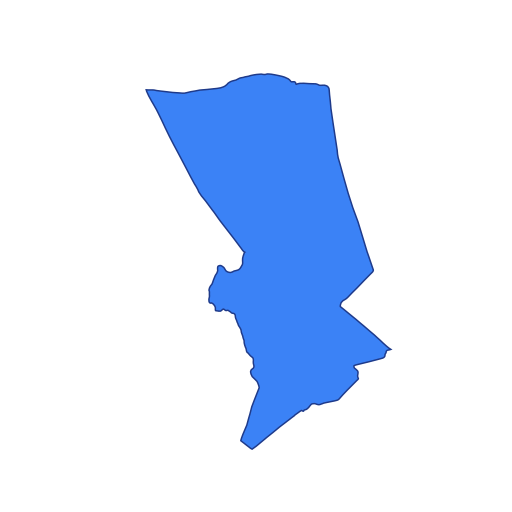 Vinh Hung, Long An, Vietnam (orthographic projection), rotated 19°
{"feature_id": "81297802B51272444346298", "entity_name": "Vinh Hung", "entity_type": "district", "adm_level": 2, "iso_a3": "VNM", "parent_name": "Vietnam", "parent_adm1": "Long An", "projection": "orthographic", "projection_center": [105.784, 10.881], "detail": "fine", "context": "isolated", "style": "filled", "palette": "blue", "viewbox_px": 512, "rotation_deg": 19, "n_neighbors": 0, "source": "geoboundaries", "source_scale": "gbopen_adm2", "svg_char_len": 6074}
<svg xmlns="http://www.w3.org/2000/svg" viewBox="0 0 512 512"><g transform="rotate(19 256 256)"><path d="M413.9,300.4L411.6,299.8L408.9,298.8L404.4,296.9L400.7,295.2L397.1,293.7L393.5,292.1L388.3,290.1L380.8,287.1L376.3,285.4L371.0,283.3L363.9,280.7L356.7,278.0L352.5,276.5L352.2,276.4L352.0,275.9L351.8,275.2L351.7,273.9L351.7,272.5L352.1,271.4L352.8,269.9L354.1,268.4L355.4,266.7L356.4,264.8L358.8,259.6L361.9,253.3L366.1,244.2L370.0,236.0L371.1,233.8L371.5,232.8L371.6,232.3L371.6,231.9L371.6,231.4L371.4,230.9L361.7,218.4L359.7,215.9L350.6,203.3L341.4,190.6L331.7,178.7L322.6,166.5L314.1,154.3L305.7,142.0L301.8,136.5L300.0,133.3L298.3,129.5L291.8,117.1L285.2,104.5L278.9,92.3L277.8,89.8L276.1,86.0L273.2,79.9L271.2,75.3L270.4,73.8L269.5,73.0L268.4,72.3L267.7,72.2L266.7,72.1L265.3,72.2L264.0,72.6L261.5,73.6L260.4,73.9L259.4,73.8L258.3,73.7L257.1,73.7L256.0,73.9L254.1,74.5L249.9,75.8L245.1,77.1L241.2,78.5L239.7,79.4L238.9,79.9L238.6,80.3L238.3,80.5L238.0,80.5L237.6,80.2L237.1,79.4L236.7,79.0L236.3,78.9L235.8,78.8L235.2,78.8L234.6,79.1L233.9,79.3L233.4,79.6L233.1,79.7L232.7,79.7L232.0,79.6L231.2,79.0L230.2,78.5L228.8,78.0L224.8,77.6L222.0,77.7L219.1,78.0L215.3,78.5L211.5,79.1L209.0,79.7L207.7,80.1L206.6,80.7L205.8,81.3L204.8,81.7L203.6,82.0L201.8,82.3L200.6,82.8L197.4,84.2L194.6,85.7L193.4,86.4L192.1,87.2L190.5,88.4L189.1,89.2L187.3,90.2L185.8,91.3L183.6,92.5L182.5,93.3L179.7,96.2L178.0,97.3L176.4,98.4L175.2,99.4L174.4,100.3L173.3,101.8L172.6,103.5L171.2,105.6L170.1,106.7L167.8,108.5L164.7,110.2L155.5,114.5L148.9,117.4L144.9,119.7L141.0,121.8L137.2,124.2L135.2,125.4L133.4,126.0L131.0,126.6L124.0,128.5L116.2,130.2L112.6,131.0L108.3,131.9L105.4,132.3L103.7,132.8L101.7,133.5L99.6,134.2L98.1,134.6L98.9,135.8L100.2,137.2L102.6,139.7L106.9,143.6L109.7,146.0L114.1,149.9L116.5,152.2L122.8,158.5L128.9,164.8L135.2,171.1L141.9,177.5L148.7,183.8L155.4,190.1L162.1,196.4L168.3,202.3L174.5,208.0L176.4,209.5L179.3,212.1L181.0,214.0L184.8,216.9L190.3,220.3L199.5,226.6L201.8,228.1L208.9,233.2L211.2,234.8L221.1,241.3L228.3,246.0L232.6,248.9L237.3,252.1L239.1,253.3L241.5,255.0L242.8,255.7L243.4,255.9L244.0,256.0L243.9,256.1L243.9,258.4L243.9,260.2L244.1,262.4L244.7,264.5L245.1,265.5L245.6,266.8L245.8,267.5L245.9,268.3L245.8,269.2L245.5,270.7L245.3,271.8L245.0,272.9L244.3,274.3L243.4,275.2L242.0,276.2L240.7,277.0L240.0,277.5L238.9,278.7L237.6,279.7L237.0,280.0L235.9,280.2L234.8,280.3L233.8,280.2L233.0,280.0L232.3,279.7L231.6,279.2L230.7,278.4L230.1,277.9L229.2,277.3L228.0,276.9L226.9,276.6L225.9,276.5L224.9,276.8L224.3,277.2L223.7,277.7L223.5,278.0L223.4,278.3L223.4,278.8L223.5,279.5L223.6,279.9L223.7,280.2L223.9,280.7L224.2,281.5L224.5,282.1L224.6,282.7L224.6,283.9L224.5,285.2L223.9,287.5L223.8,288.8L223.7,290.5L223.6,292.5L223.6,294.3L223.6,295.7L223.5,297.0L222.9,298.7L222.6,299.8L222.5,300.8L222.4,301.6L222.5,302.1L222.6,303.0L222.6,303.5L222.8,303.8L223.3,304.5L223.7,305.2L224.0,306.3L224.2,306.7L224.6,308.0L224.9,308.6L225.1,309.3L225.3,310.0L225.4,311.4L225.7,312.7L226.1,313.6L226.5,314.5L227.0,315.0L227.5,315.3L228.0,315.4L228.3,315.3L228.5,315.3L228.9,315.1L229.1,314.9L229.5,314.9L229.9,315.0L230.5,315.1L231.3,315.4L232.3,316.0L233.3,316.7L233.8,317.3L234.3,317.9L234.5,318.4L235.0,319.8L235.2,320.3L235.3,320.5L235.6,320.7L235.7,320.8L235.9,320.8L236.3,320.7L237.3,320.5L238.5,320.3L239.8,319.9L240.3,319.7L240.7,319.3L241.2,318.6L241.7,317.5L242.0,317.2L242.5,316.8L242.8,316.8L243.1,316.8L243.4,316.9L243.9,317.1L244.5,317.3L245.0,317.4L245.4,317.3L245.8,317.2L246.4,316.8L246.9,316.6L247.3,316.5L247.7,316.6L248.3,316.7L249.0,317.0L249.5,317.0L249.9,317.1L250.4,317.3L250.9,317.6L251.7,317.8L252.2,317.8L252.6,317.7L253.5,317.6L254.0,317.6L254.6,317.8L255.0,318.1L255.4,318.5L255.8,319.1L256.1,319.8L256.6,320.8L257.3,321.8L258.3,322.8L258.9,323.6L259.5,324.3L260.0,325.0L260.8,325.7L261.2,326.3L261.9,327.2L262.7,327.9L263.5,328.5L264.1,329.0L264.9,329.7L265.7,330.5L266.4,331.7L267.0,332.9L267.7,333.8L268.5,334.8L269.5,336.0L270.4,337.5L271.5,338.9L272.2,339.7L272.4,340.2L272.7,340.9L272.9,341.5L273.3,342.3L274.3,343.9L275.1,344.9L275.8,345.8L276.4,346.4L276.8,346.9L277.3,347.8L278.0,349.0L278.7,349.8L279.2,350.1L279.8,350.2L280.3,350.5L281.0,350.9L282.5,351.8L283.5,352.3L284.7,352.7L285.6,353.1L286.4,353.5L286.8,354.0L287.4,355.2L287.9,357.0L288.4,358.3L289.2,359.6L289.8,360.5L290.1,361.5L290.1,362.3L289.9,363.1L289.2,364.1L288.6,365.1L288.5,366.1L288.5,367.0L288.8,367.7L289.7,369.2L289.8,369.2L291.0,370.6L291.8,371.3L293.3,372.0L296.0,373.3L297.9,374.3L299.3,375.8L300.9,377.8L301.9,379.5L301.7,384.1L301.3,393.4L301.1,400.0L301.7,407.4L301.9,411.7L302.4,419.3L302.3,419.8L301.7,428.8L301.6,432.5L301.7,435.3L301.8,435.6L308.8,438.0L311.5,438.9L313.5,439.6L315.2,439.9L318.1,435.8L321.2,430.7L325.3,423.9L329.6,417.1L333.8,410.2L342.8,396.6L343.7,395.3L344.3,394.4L344.6,393.6L346.1,391.5L347.1,390.1L348.2,388.5L348.8,387.8L349.0,387.5L349.2,387.3L349.5,387.3L350.2,387.3L350.6,387.4L350.9,387.4L351.1,387.4L351.3,387.3L351.5,387.1L351.5,386.8L351.5,386.5L351.6,386.3L351.8,386.0L352.0,385.8L352.3,385.5L353.0,385.1L353.8,384.3L354.4,383.4L355.2,381.8L355.5,380.8L356.0,379.5L356.5,378.3L356.7,378.0L357.3,377.5L358.0,377.1L359.2,376.6L359.9,376.4L360.7,376.4L361.9,376.4L363.1,376.3L363.9,376.1L364.3,375.9L365.1,375.4L365.7,374.9L366.4,374.3L366.9,374.0L367.6,373.3L368.5,372.7L370.3,371.6L377.3,367.5L379.6,366.0L380.3,365.4L380.7,364.9L381.2,364.0L382.3,361.3L383.3,358.9L386.0,353.0L388.9,347.0L391.5,341.6L392.2,340.2L392.6,339.5L392.6,339.2L392.7,338.9L392.7,338.7L392.6,338.4L392.2,338.0L391.7,337.4L391.3,336.7L391.0,336.0L390.9,335.2L390.6,333.7L390.3,332.7L390.0,332.2L389.6,331.7L388.7,331.2L387.2,330.5L386.0,330.1L385.4,329.8L385.0,329.3L384.6,328.7L384.4,328.2L384.4,327.9L384.7,327.5L385.6,326.7L388.5,324.8L397.1,319.3L405.2,313.9L407.3,312.5L409.0,311.3L409.6,310.7L410.2,309.8L410.4,309.1L410.4,308.5L410.1,307.2L410.1,306.4L410.3,305.8L410.4,304.8L410.2,304.0L410.3,303.2L410.5,302.8L410.8,302.4L411.8,301.8L413.0,301.1L413.9,300.4Z" fill="#3b82f6" stroke="#1e3a8a" stroke-width="1.5"/></g></svg>